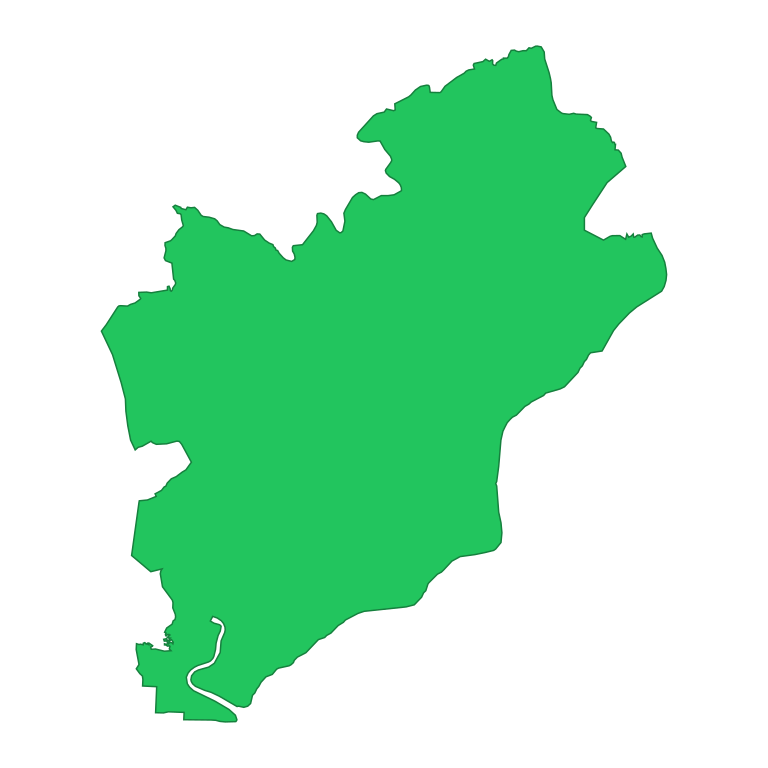 Yangon (East), Yangon, Myanmar (orthographic projection)
{"feature_id": "60261553B46723390806239", "entity_name": "Yangon (East)", "entity_type": "district", "adm_level": 2, "iso_a3": "MMR", "parent_name": "Myanmar", "parent_adm1": "Yangon", "projection": "orthographic", "projection_center": [96.224, 16.895], "detail": "fine", "context": "isolated", "style": "filled", "palette": "green", "viewbox_px": 768, "rotation_deg": 0, "n_neighbors": 0, "source": "geoboundaries", "source_scale": "gbopen_adm2", "svg_char_len": 6080}
<svg xmlns="http://www.w3.org/2000/svg" viewBox="0 0 768 768"><path d="M651.2,233.1L644.2,233.9L642.2,234.6L642.2,236.9L641.0,236.6L639.8,235.0L637.7,235.1L634.7,237.2L633.7,237.1L633.2,234.0L631.2,236.1L628.7,237.2L626.9,234.0L625.6,239.3L619.8,235.6L612.3,235.7L610.1,236.3L603.5,240.1L584.4,230.2L584.4,217.6L592.4,205.0L607.1,182.6L625.8,166.5L622.1,157.2L621.1,153.2L618.3,150.1L615.0,149.8L615.5,144.5L615.0,144.6L614.4,142.6L613.8,142.1L612.5,142.6L611.3,140.6L610.6,137.2L608.9,134.1L603.5,129.0L597.1,128.5L595.7,127.8L596.6,122.4L591.4,121.4L590.5,120.4L591.4,117.5L590.3,116.3L587.5,114.6L576.1,114.1L573.7,113.3L569.2,114.3L563.1,113.6L561.6,113.1L556.9,109.5L552.9,99.7L551.9,95.2L551.2,82.8L550.5,78.7L549.1,72.7L544.7,59.0L544.2,52.0L541.2,46.9L537.3,46.1L535.6,46.2L531.3,48.3L529.0,47.8L526.3,50.7L523.0,50.7L518.8,51.7L516.5,51.2L514.5,50.1L511.2,50.4L508.9,54.6L508.4,56.7L507.1,58.2L503.5,58.1L503.6,58.8L501.7,59.3L496.5,63.0L495.7,65.4L493.8,65.2L492.6,63.9L492.7,60.6L492.1,59.8L489.3,61.3L485.6,59.2L482.9,61.6L474.1,63.5L473.3,65.1L474.5,69.0L468.8,69.9L466.1,71.2L464.2,73.2L456.6,77.5L445.0,86.3L441.2,91.7L440.0,92.6L430.2,92.4L429.5,87.3L429.0,85.8L428.2,85.3L426.5,85.2L420.5,86.5L415.4,90.0L410.9,95.0L408.7,96.8L394.8,103.8L395.2,109.9L393.7,110.7L386.5,109.0L384.2,112.1L376.9,113.7L373.4,115.9L358.6,132.2L357.3,135.2L357.3,137.8L360.6,140.8L363.9,141.7L368.8,142.2L378.0,140.9L380.1,141.1L384.8,149.5L390.4,156.2L391.6,159.1L391.7,160.7L390.5,162.8L385.8,169.3L385.4,170.6L386.2,173.1L389.5,176.5L394.5,179.3L398.7,182.8L400.1,184.6L401.3,187.5L401.5,190.3L401.0,191.0L394.1,194.8L388.1,195.6L381.3,195.6L373.5,199.6L370.8,199.0L365.5,194.1L361.9,192.4L358.7,192.7L355.6,194.7L352.5,197.5L345.5,209.4L343.9,213.2L344.9,221.2L342.9,231.0L341.1,232.6L339.7,232.8L336.2,230.3L331.4,221.7L326.7,215.8L323.9,213.9L320.8,213.1L317.5,213.6L316.9,215.3L317.2,222.3L316.4,225.4L313.4,230.8L302.5,244.7L293.3,245.7L292.4,247.3L292.6,251.1L294.2,253.9L295.0,257.3L294.8,259.5L291.7,261.4L286.1,260.0L283.1,257.7L279.1,253.2L277.6,250.5L276.1,250.2L275.3,248.0L273.6,246.6L272.9,244.6L269.2,243.1L264.7,240.1L259.8,234.1L257.1,233.9L254.5,235.6L251.6,235.8L243.7,231.0L232.9,229.5L228.2,227.8L224.2,227.1L219.8,224.6L217.2,220.9L214.7,218.8L209.1,217.2L203.1,216.5L201.1,215.2L197.8,210.3L194.6,207.4L191.0,207.8L187.4,207.2L185.9,209.7L181.2,208.5L180.8,207.4L175.2,205.2L173.0,206.8L176.0,210.4L177.4,213.3L180.4,213.8L181.1,214.8L181.7,219.9L183.3,225.5L182.7,226.7L178.9,229.7L176.1,233.5L175.3,235.9L171.7,239.8L170.5,240.8L165.1,242.7L165.0,245.5L165.9,248.4L165.9,250.8L164.1,257.9L165.5,260.6L171.9,263.1L173.6,279.1L174.8,280.4L175.7,283.0L175.3,284.5L172.7,288.2L172.3,290.1L171.3,291.2L170.3,290.6L170.1,288.6L169.0,286.2L167.5,286.6L167.4,290.1L151.3,292.8L146.6,292.1L138.8,292.4L138.9,295.8L140.7,298.4L140.4,299.1L135.0,303.0L130.5,304.4L127.5,306.1L120.8,305.7L119.0,305.9L117.7,307.0L106.2,324.8L101.4,331.1L112.5,354.6L121.2,382.7L125.4,398.9L125.9,411.2L127.8,425.8L130.6,440.1L135.2,449.9L138.2,447.3L142.3,446.2L151.1,441.2L152.4,442.6L156.3,444.3L166.6,443.8L176.9,441.1L179.4,441.5L181.7,444.3L191.4,462.2L185.9,469.9L182.2,472.1L176.1,476.7L171.3,478.8L167.2,483.1L165.9,486.1L164.1,487.0L161.5,490.4L155.1,493.8L156.2,496.4L147.4,500.0L139.3,500.8L139.0,502.3L131.6,555.5L150.8,571.7L162.1,568.9L160.9,570.8L160.3,573.7L162.5,586.8L172.3,600.1L173.0,602.6L172.8,607.9L175.3,614.3L175.6,616.9L175.0,619.6L173.2,620.8L172.1,624.2L166.7,628.0L164.6,632.3L166.1,633.1L165.4,634.8L166.0,635.8L167.7,634.5L169.0,634.4L169.9,635.0L168.4,636.1L168.5,636.7L167.3,637.2L168.1,637.9L170.3,638.1L169.3,639.2L169.4,639.7L170.2,640.4L171.5,639.6L173.3,642.3L172.9,643.8L172.2,642.9L170.4,642.5L168.2,640.4L167.4,640.6L166.5,638.7L163.7,639.3L164.3,641.1L167.1,641.0L167.1,642.0L169.0,643.3L168.5,644.0L167.3,643.8L166.1,644.3L164.5,643.8L164.5,644.9L166.0,645.0L167.5,646.1L169.6,645.9L170.0,646.5L169.3,648.9L171.0,650.7L164.4,651.2L155.4,649.0L151.3,649.3L150.6,647.1L152.4,646.3L152.7,645.7L148.8,643.0L148.3,643.4L148.7,644.7L147.8,644.4L147.4,643.3L146.2,644.1L144.8,642.6L143.3,643.2L143.2,644.8L140.4,644.2L139.0,644.5L136.5,643.7L136.2,649.5L139.0,664.5L136.3,668.8L139.9,673.7L142.4,676.0L142.9,679.5L142.6,686.0L156.7,686.7L155.6,712.7L163.5,712.9L168.4,711.8L184.1,712.4L183.8,719.7L211.2,720.0L215.8,720.3L219.9,721.4L225.3,721.9L235.8,721.6L236.6,720.6L236.9,719.7L235.4,715.2L228.9,709.4L215.2,701.3L193.5,690.7L189.5,687.1L187.3,683.7L186.3,677.2L188.1,673.0L190.5,670.1L194.4,667.2L197.8,665.5L208.5,662.0L210.5,660.9L212.8,658.5L213.8,656.5L215.5,649.7L216.1,643.1L218.1,635.5L220.3,631.0L221.1,626.3L220.5,625.4L219.1,624.6L214.0,623.2L210.3,621.0L212.7,616.4L217.3,618.0L221.4,620.8L223.6,623.6L225.0,627.1L225.2,629.9L224.7,632.5L221.1,640.9L220.2,652.5L214.3,663.3L208.7,667.1L198.4,670.0L194.7,671.9L191.6,675.8L190.9,679.8L191.3,681.5L192.6,683.8L195.4,686.3L204.8,690.4L211.1,692.3L219.3,696.2L237.0,706.5L238.7,706.2L243.8,707.3L247.7,706.2L250.6,703.5L252.5,695.3L254.8,693.0L256.8,688.8L258.8,686.4L261.0,682.3L266.0,676.8L272.3,674.4L276.6,669.2L278.6,668.1L289.1,665.8L291.1,664.7L293.4,662.6L294.3,660.3L297.4,657.1L305.9,652.7L318.4,639.6L324.7,637.5L326.7,635.4L330.9,633.1L338.2,625.5L343.4,622.3L345.4,620.0L358.0,613.4L364.2,611.3L406.1,606.9L414.3,604.8L421.6,597.2L423.6,592.8L425.8,590.7L427.9,584.1L428.8,582.8L437.4,574.2L441.4,572.1L443.6,570.0L451.9,561.1L460.1,556.6L474.9,554.6L485.2,552.5L493.7,550.4L495.7,549.0L501.0,542.5L501.9,532.8L501.0,522.9L498.7,512.2L496.7,486.0L495.7,483.6L496.7,481.5L498.7,466.4L500.9,440.2L502.9,431.3L504.9,427.1L507.2,422.7L510.2,419.3L512.4,417.2L516.4,415.1L524.9,406.4L528.9,404.1L531.2,402.0L543.7,395.4L545.7,393.1L560.2,388.9L564.5,386.8L578.0,372.4L580.0,368.2L582.3,365.9L584.3,361.7L586.5,359.3L588.5,355.1L590.5,352.8L602.1,351.0L613.6,330.5L618.9,323.9L629.3,313.1L636.6,307.0L661.6,291.2L664.2,286.6L666.0,280.4L666.6,274.6L665.9,268.5L664.7,262.2L662.0,255.4L657.2,248.1L652.6,238.2L651.2,233.1Z" fill="#22c55e" stroke="#15803d" stroke-width="1.5"/></svg>